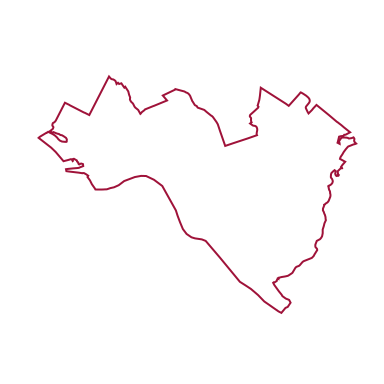 Seimeni, Constanta, Romania (orthographic projection), rotated 276°
{"feature_id": "2599482B22406504388694", "entity_name": "Seimeni", "entity_type": "district", "adm_level": 2, "iso_a3": "ROU", "parent_name": "Romania", "parent_adm1": "Constanta", "projection": "orthographic", "projection_center": [28.127, 44.413], "detail": "fine", "context": "isolated", "style": "outline", "palette": "rose", "viewbox_px": 384, "rotation_deg": 276, "n_neighbors": 0, "source": "geoboundaries", "source_scale": "gbopen_adm2", "svg_char_len": 5915}
<svg xmlns="http://www.w3.org/2000/svg" viewBox="0 0 384 384"><g transform="rotate(276 192 192)"><path d="M81.1,293.5L86.5,297.1L87.7,299.2L92.2,301.6L94.8,299.9L95.0,299.4L95.7,296.7L96.1,295.9L97.9,292.8L99.2,291.9L102.3,288.8L108.1,283.6L110.2,282.2L110.8,282.8L110.8,283.2L110.9,283.8L112.4,285.6L112.6,285.6L113.1,285.6L113.7,285.8L113.9,285.9L114.7,286.9L115.2,286.4L115.4,286.6L115.5,286.7L115.2,287.0L115.4,287.0L115.6,287.2L115.5,287.4L115.6,287.7L116.1,288.1L116.8,290.0L117.7,293.3L118.2,294.8L118.6,295.9L118.9,296.5L119.3,297.0L121.7,299.9L122.1,300.3L122.5,300.5L127.5,302.8L127.8,303.1L128.2,303.4L128.5,303.7L129.5,305.7L129.7,306.1L130.1,306.5L130.4,306.8L133.6,309.0L134.3,309.6L134.8,310.2L135.2,310.9L138.5,317.2L139.1,318.2L141.2,319.8L141.5,319.9L142.9,320.4L143.7,320.9L144.3,321.1L147.3,322.6L148.2,322.4L148.6,322.2L148.9,321.9L150.0,320.7L150.3,320.5L150.6,320.4L152.0,320.2L152.6,320.2L156.4,321.2L158.5,324.3L160.0,325.3L161.6,326.0L164.7,326.3L168.3,325.9L171.7,326.6L174.7,327.0L178.0,328.1L179.1,327.7L181.0,327.4L182.6,326.8L183.3,326.5L184.2,325.9L185.1,325.5L186.0,325.1L186.7,324.6L187.5,324.1L188.1,324.1L188.8,324.0L189.2,324.0L189.6,324.1L190.9,324.5L191.9,324.7L192.3,324.9L193.1,324.7L193.3,325.0L193.8,325.7L194.2,325.9L194.5,326.2L194.7,326.4L195.4,327.3L195.6,327.6L196.0,328.0L196.5,328.2L196.8,328.5L197.2,328.7L197.7,328.9L201.6,330.0L202.7,330.1L204.2,329.9L205.2,329.5L205.4,329.4L205.8,329.4L206.1,329.4L207.3,329.0L208.6,328.1L209.8,327.7L210.7,327.4L211.2,327.4L211.4,327.4L211.6,327.1L212.0,326.9L212.3,327.0L212.7,327.7L213.5,329.0L214.6,330.0L215.6,330.6L216.5,330.8L217.5,330.9L218.5,330.5L219.5,330.0L220.1,329.5L220.5,329.0L221.1,328.6L221.6,328.5L224.0,328.4L225.2,328.6L225.7,328.9L226.9,329.9L227.3,330.2L228.6,331.5L227.9,332.7L225.1,332.5L224.0,333.0L223.1,333.9L223.0,334.2L223.3,335.0L223.5,335.6L223.5,335.9L224.2,336.2L224.4,335.8L224.3,335.7L224.4,335.2L224.9,335.1L225.6,335.3L226.7,334.9L227.7,334.8L228.2,335.0L231.2,337.5L231.3,337.9L231.2,338.5L231.3,338.8L231.6,338.7L232.5,337.6L234.7,338.8L236.1,339.8L238.1,341.2L240.4,335.7L241.6,335.9L242.5,336.2L242.9,336.4L245.1,337.6L246.5,338.2L247.6,338.7L250.5,340.4L252.4,341.7L253.0,342.1L253.5,342.5L253.8,343.0L254.8,345.0L256.2,347.6L256.7,349.1L257.3,350.2L258.6,348.6L259.0,348.3L259.5,348.0L260.0,347.9L260.9,347.9L261.6,348.0L262.0,347.9L262.4,347.6L262.9,347.2L263.2,346.9L262.9,346.4L262.8,346.1L262.4,345.4L262.3,345.2L261.8,343.4L261.7,342.9L261.6,342.5L261.7,342.1L261.9,341.7L262.1,341.4L262.2,339.8L262.1,337.7L261.9,336.1L261.7,335.3L261.5,335.1L261.3,334.9L260.9,334.6L260.1,334.1L259.5,333.8L259.1,333.6L258.4,333.2L257.9,332.9L257.7,332.9L256.4,333.5L255.9,333.7L255.3,333.8L256.2,331.6L256.5,331.7L262.4,332.5L263.0,334.0L263.4,335.7L263.6,336.6L263.9,336.9L264.8,337.4L265.0,338.7L267.9,343.0L272.2,336.3L274.2,333.4L275.9,330.6L276.0,330.5L276.7,329.3L276.9,328.8L282.9,320.0L291.6,306.7L287.9,303.9L286.0,302.7L282.3,299.7L283.6,298.7L287.2,296.5L287.9,296.3L288.6,296.4L289.4,296.8L292.6,298.9L293.6,299.4L294.6,299.6L295.5,299.5L296.6,299.1L298.0,297.9L299.7,295.5L301.3,292.4L302.3,290.2L302.4,289.6L300.1,288.1L287.8,279.2L289.6,276.1L302.9,249.5L294.9,249.5L292.2,249.4L290.5,249.3L285.5,248.4L284.8,248.4L284.7,248.3L284.4,248.5L283.7,249.2L282.7,248.9L278.4,245.1L274.9,241.9L274.0,241.6L273.3,241.6L272.8,241.9L272.2,242.6L271.7,243.0L271.1,243.1L270.4,243.1L268.9,243.3L268.2,243.5L267.6,244.0L266.2,242.6L264.6,245.4L264.4,245.9L264.3,247.8L263.9,248.8L263.5,249.3L262.5,249.9L261.4,250.3L260.3,250.4L257.9,250.2L256.5,250.2L256.0,250.3L255.3,250.7L251.1,241.8L244.7,227.6L244.6,227.4L241.3,220.2L255.6,213.5L262.0,210.6L263.0,209.9L264.2,209.0L267.6,206.0L268.4,205.3L269.0,204.7L269.6,203.9L270.0,203.0L272.9,198.5L273.5,197.6L274.8,195.8L275.0,195.3L275.8,191.9L276.4,189.3L276.5,188.9L276.7,188.6L277.8,187.9L278.0,187.6L278.3,186.8L278.6,186.0L278.9,185.6L281.5,183.6L282.0,183.2L282.4,182.8L283.7,182.1L286.4,180.6L286.7,180.5L287.1,180.3L288.6,179.1L289.5,178.0L289.7,177.7L290.1,176.8L290.4,175.6L291.0,174.4L291.2,173.8L292.6,164.7L292.1,164.6L284.9,152.9L280.4,157.6L273.6,145.0L273.6,144.9L269.2,136.6L268.5,136.2L266.1,133.7L264.6,132.8L264.3,132.5L268.0,129.9L270.0,126.8L270.9,125.9L273.3,124.4L274.3,123.5L275.1,122.3L276.4,121.2L277.5,120.6L279.6,120.6L282.1,119.3L285.4,118.1L289.7,114.6L288.7,113.8L290.3,112.4L292.7,110.4L291.8,108.2L292.4,107.6L292.9,107.0L291.5,105.7L293.3,104.9L294.5,104.2L295.2,103.1L295.7,102.0L295.8,100.5L296.3,99.4L298.2,97.4L257.8,81.8L259.6,77.0L259.8,76.1L261.6,71.5L265.5,61.4L265.8,60.9L267.5,56.3L248.6,49.0L247.0,47.9L246.8,47.6L246.6,47.2L245.9,46.4L245.1,46.2L244.3,46.1L243.4,46.2L242.4,47.2L241.7,47.4L240.3,47.0L239.0,45.8L237.7,44.4L236.4,46.8L237.1,48.0L236.3,50.5L235.9,52.2L235.8,53.5L234.9,55.3L234.9,56.6L234.1,58.4L232.7,61.0L231.3,62.0L229.0,62.1L228.7,61.7L228.6,60.2L228.6,57.4L229.3,55.3L230.6,53.5L232.1,52.1L233.9,49.7L235.1,47.3L236.8,42.6L235.6,41.3L235.7,41.1L231.7,35.8L230.9,34.8L229.8,33.8L221.4,47.3L217.5,52.3L209.2,61.0L211.0,65.8L211.9,67.9L212.0,68.3L211.5,69.3L210.3,70.1L210.5,70.3L212.3,70.1L212.7,71.1L211.3,74.2L210.3,74.5L209.5,75.8L209.0,75.8L208.5,76.0L207.8,76.5L207.6,77.0L207.9,77.5L208.4,78.0L208.7,78.8L208.4,80.6L208.2,80.7L206.8,81.0L206.4,81.1L206.3,80.9L205.1,78.5L204.2,77.0L203.8,75.3L203.1,71.5L201.9,65.8L201.5,64.3L199.6,64.9L199.5,67.5L199.4,77.3L199.2,81.1L199.5,81.6L199.4,83.1L199.2,83.3L198.5,85.0L197.3,87.1L196.0,86.5L192.9,89.3L189.3,91.6L185.4,95.0L184.4,95.7L185.0,101.9L185.8,107.1L187.3,110.3L188.5,113.9L191.1,118.4L195.8,123.4L200.9,133.6L202.7,139.7L203.1,144.7L200.2,152.9L194.9,161.8L172.0,177.9L167.0,180.1L160.8,183.2L154.2,186.8L149.7,191.0L146.9,196.2L146.2,199.8L145.9,206.7L144.8,210.7L129.9,226.4L107.7,249.0L104.5,255.4L101.7,260.8L96.4,268.5L90.7,275.3L82.3,290.5L81.1,293.5Z" fill="none" stroke="#9f1239" stroke-width="2"/></g></svg>